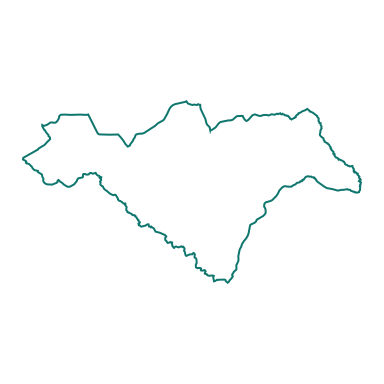 Bazega, Bazéga, Burkina Faso
{"feature_id": "67063806B75312427459337", "entity_name": "Bazega", "entity_type": "district", "adm_level": 2, "iso_a3": "BFA", "parent_name": "Burkina Faso", "parent_adm1": "Bazéga", "projection": "albers", "projection_center": [-1.393, 11.898], "detail": "fine", "context": "isolated", "style": "outline", "palette": "teal", "viewbox_px": 384, "rotation_deg": 0, "n_neighbors": 0, "source": "geoboundaries", "source_scale": "gbopen_adm2", "svg_char_len": 6024}
<svg xmlns="http://www.w3.org/2000/svg" viewBox="0 0 384 384"><path d="M25.9,162.8L26.5,163.4L28.0,163.6L29.4,164.3L32.0,167.0L32.4,168.0L33.8,169.6L34.8,170.2L37.9,170.9L37.9,172.0L41.9,174.5L42.3,176.6L43.4,178.6L43.2,180.4L43.7,182.0L44.7,183.1L46.3,184.1L47.8,184.4L52.1,184.6L56.7,182.8L57.5,182.0L57.4,181.4L57.7,180.5L58.6,180.0L60.4,181.9L61.7,182.5L64.3,184.9L67.7,186.8L70.0,186.7L74.2,184.3L76.7,181.2L77.3,179.6L78.1,178.4L82.5,177.4L82.9,176.9L83.1,174.5L83.5,174.0L85.0,174.0L85.9,174.5L87.8,174.6L88.6,174.4L89.9,173.1L90.8,172.9L92.9,173.7L95.6,172.9L95.9,173.2L96.3,174.2L97.0,174.9L97.9,175.6L99.2,175.9L100.1,176.9L101.3,177.2L101.2,177.9L99.9,178.1L101.0,179.5L101.1,180.2L100.0,181.6L100.6,182.7L100.3,184.3L100.6,184.8L101.7,185.9L103.0,186.6L103.8,188.5L105.0,189.7L107.0,191.1L110.0,193.7L113.1,195.2L115.1,194.7L115.9,195.2L118.0,198.8L118.0,199.5L119.0,200.7L120.5,201.1L122.0,202.1L123.5,203.5L124.2,203.7L125.1,203.4L125.5,203.9L125.1,204.9L126.6,207.1L126.2,209.6L126.4,210.3L127.3,211.3L127.3,211.9L127.8,212.4L128.7,212.4L128.9,212.8L131.4,213.8L132.5,215.1L134.3,215.1L135.4,215.9L135.2,216.4L136.6,217.5L137.1,218.7L138.4,220.0L138.2,220.4L139.9,222.4L139.1,223.5L138.5,223.6L138.8,225.2L139.6,225.3L140.7,226.4L141.5,226.6L145.2,225.7L147.5,224.3L148.6,224.4L149.0,226.5L149.3,226.7L150.6,226.7L150.8,227.1L151.4,226.7L151.9,227.4L153.0,227.8L153.9,228.5L155.5,231.6L160.0,232.8L165.1,235.1L166.3,236.4L166.3,236.7L165.4,237.3L165.2,239.2L165.3,240.0L166.8,241.5L167.1,242.4L167.9,243.0L170.7,242.0L171.5,242.8L172.0,242.5L172.2,242.8L171.8,243.7L172.3,244.7L172.3,245.9L173.8,247.8L174.2,247.9L175.0,246.8L176.0,246.5L178.6,247.4L181.1,246.4L181.7,246.4L182.3,247.1L183.2,246.7L184.4,248.2L184.6,249.1L184.0,250.7L184.7,251.6L185.5,255.0L186.3,255.9L190.1,254.3L192.3,254.3L193.4,253.0L193.9,253.1L194.9,254.5L194.5,256.8L194.6,257.5L195.9,258.3L196.4,259.2L196.7,262.9L195.8,264.8L195.9,267.2L196.2,267.5L197.3,268.1L199.6,267.9L200.9,268.3L201.1,268.6L200.8,270.0L201.1,270.5L202.8,270.6L204.6,270.1L205.0,270.3L205.6,271.3L205.1,272.2L204.8,273.6L205.3,273.9L206.6,274.1L207.5,275.3L209.2,275.8L211.7,275.5L213.5,275.7L213.8,275.9L213.2,277.1L214.0,281.3L215.3,280.9L217.3,279.7L218.3,280.0L219.2,279.7L224.6,279.6L225.4,279.9L225.8,281.1L227.6,282.7L229.0,281.6L229.4,280.5L231.3,278.7L231.6,278.0L232.2,277.5L232.8,276.2L232.2,275.5L232.3,274.1L233.0,273.5L233.7,272.0L236.4,269.5L236.4,265.0L238.3,261.2L238.5,259.1L238.3,256.2L239.7,249.4L241.1,247.0L242.0,244.1L243.9,241.1L246.5,238.0L247.0,236.7L247.7,235.9L248.6,233.2L250.1,225.3L250.7,224.6L254.7,222.7L256.0,221.5L256.8,219.7L263.3,215.9L265.1,213.9L265.6,213.0L265.7,211.1L265.3,208.5L264.1,206.5L264.3,204.2L264.7,203.4L265.8,202.3L270.5,201.0L272.2,200.1L276.2,196.2L277.9,193.6L279.4,190.5L282.1,187.5L283.9,186.4L284.9,186.2L288.5,186.7L291.3,186.7L293.2,185.3L295.4,184.4L296.9,182.9L299.7,182.3L300.3,181.3L300.7,181.2L301.8,181.3L302.6,180.5L302.4,179.9L303.1,179.5L303.7,179.6L305.2,177.5L306.2,176.7L308.2,176.2L309.4,176.7L311.0,176.5L312.0,177.2L314.1,177.4L314.5,177.7L314.3,178.3L316.2,179.6L316.3,180.5L317.3,181.6L324.2,186.6L326.8,188.1L332.0,189.0L337.9,190.6L341.8,189.8L342.9,189.9L347.5,189.2L348.2,189.7L350.2,189.9L351.2,191.0L352.4,191.2L353.3,191.8L354.3,191.7L354.9,192.4L355.5,192.2L356.7,192.7L358.9,192.2L358.8,191.8L360.0,190.1L360.2,187.3L359.8,186.3L360.3,185.7L360.0,185.0L360.5,184.5L360.6,183.3L361.0,182.6L360.4,181.9L359.9,181.9L358.9,181.1L359.3,180.5L360.7,179.8L360.3,178.9L359.2,178.1L359.1,177.4L359.4,176.6L357.5,174.6L357.7,173.6L357.0,173.3L356.8,173.5L355.5,172.0L354.5,172.5L353.7,171.5L354.1,170.3L353.6,169.9L353.7,168.7L352.7,167.5L352.4,166.0L349.5,166.4L348.9,165.9L347.9,165.8L347.0,164.9L345.9,164.7L345.2,164.2L344.6,162.6L343.9,161.7L343.4,161.7L342.6,160.8L340.2,159.9L338.6,158.9L338.4,159.3L337.5,158.0L335.9,157.4L334.4,155.4L334.6,154.5L334.4,153.8L333.4,153.8L333.4,151.7L331.5,150.0L331.3,149.0L330.8,148.9L330.5,148.4L330.8,147.4L329.7,146.2L329.1,144.7L327.8,143.9L327.8,143.5L324.5,141.7L324.5,140.8L323.7,140.0L323.5,138.4L321.1,136.6L320.1,135.4L319.8,134.3L320.5,131.7L320.3,130.8L321.6,128.3L321.3,127.9L321.5,126.3L320.6,124.8L320.6,123.2L319.8,123.2L319.3,122.9L319.1,121.7L318.5,120.9L318.7,118.5L317.1,116.5L317.1,115.9L313.2,113.0L311.3,111.9L309.8,111.5L309.8,111.0L307.2,108.9L305.5,110.1L301.7,111.6L300.5,112.6L298.4,113.3L298.1,114.3L297.0,114.8L295.8,116.2L295.7,117.0L295.3,116.9L294.6,118.0L293.8,118.1L291.5,119.5L290.4,118.7L290.1,118.7L289.3,117.1L288.7,116.8L287.9,115.8L287.0,115.9L286.0,115.3L285.0,115.3L284.6,114.8L283.1,114.3L282.6,113.8L281.7,114.4L280.1,113.8L280.1,113.4L277.8,114.1L277.1,113.7L274.7,114.7L271.4,114.3L268.6,115.5L266.6,114.9L262.8,115.1L261.6,115.8L259.1,115.9L255.0,114.4L252.5,115.2L248.7,119.5L247.5,120.5L246.4,121.0L244.6,119.5L243.0,116.9L242.7,115.9L237.2,116.1L235.8,117.0L232.9,119.6L231.9,120.0L230.0,120.5L228.9,120.3L220.5,122.0L218.7,123.4L215.5,127.5L211.6,130.1L210.4,130.1L210.3,130.4L209.7,127.3L207.2,124.7L206.5,123.5L205.4,119.0L200.9,109.5L200.4,107.7L200.2,104.8L199.4,104.8L198.1,104.2L197.0,105.0L193.9,104.6L192.3,105.0L188.5,103.8L187.7,103.2L186.4,101.3L185.1,101.9L175.3,104.1L173.3,104.9L171.9,105.9L170.6,107.2L169.2,109.4L167.1,114.1L164.1,119.3L163.2,120.3L157.9,123.3L155.0,125.9L144.1,133.0L142.2,133.6L138.5,133.8L136.2,134.5L135.5,135.3L134.7,137.6L133.4,139.3L133.1,140.6L130.7,143.7L129.8,145.1L129.9,145.5L127.8,146.6L125.3,143.9L123.6,141.0L120.7,137.3L118.1,134.5L109.5,134.7L99.5,134.4L98.5,134.1L97.4,132.8L88.2,114.5L86.5,114.9L79.9,114.6L70.5,114.9L65.4,114.6L61.1,114.7L59.5,115.7L59.0,117.1L59.1,117.8L58.4,119.2L57.0,121.5L56.0,122.3L54.9,122.8L51.4,122.4L50.3,122.6L47.3,124.7L44.6,125.7L43.6,125.8L42.3,125.0L42.2,126.1L44.3,130.0L45.2,130.5L45.7,131.8L48.5,135.2L48.5,136.1L49.9,137.4L50.1,139.2L47.0,142.2L44.7,144.8L39.3,148.1L38.4,148.7L38.0,149.5L23.3,157.8L23.0,159.5L25.8,161.0L26.3,161.6L25.9,162.8Z" fill="none" stroke="#0f766e" stroke-width="2"/></svg>